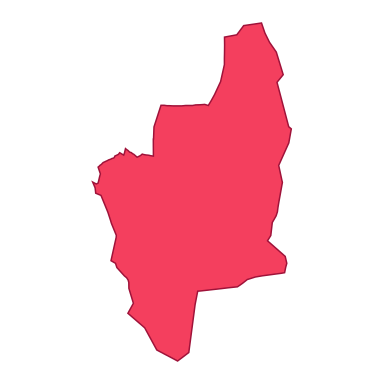 the district of Atakunmosa East, Osun, Nigeria
{"feature_id": "59680162B38390932765307", "entity_name": "Atakunmosa East", "entity_type": "district", "adm_level": 2, "iso_a3": "NGA", "parent_name": "Nigeria", "parent_adm1": "Osun", "projection": "equal_earth", "projection_center": [4.735, 7.438], "detail": "fine", "context": "isolated", "style": "filled", "palette": "rose", "viewbox_px": 384, "rotation_deg": 0, "n_neighbors": 0, "source": "geoboundaries", "source_scale": "gbopen_adm2", "svg_char_len": 1810}
<svg xmlns="http://www.w3.org/2000/svg" viewBox="0 0 384 384"><path d="M284.6,272.7L285.7,267.3L286.8,263.3L285.2,256.4L267.5,240.8L270.8,235.5L272.3,222.5L276.1,215.9L277.4,211.9L278.0,207.2L278.8,202.4L282.2,183.5L282.4,182.4L281.9,180.3L278.7,165.4L288.8,142.9L291.3,128.9L288.7,126.7L277.0,82.3L283.2,74.7L276.3,52.1L269.5,42.3L264.9,33.0L261.5,23.0L243.7,25.6L236.8,34.8L224.5,37.1L224.6,45.2L224.5,53.6L224.4,58.2L224.4,64.6L220.6,81.6L219.1,84.8L214.7,94.3L214.4,94.9L211.3,100.5L208.3,105.5L204.7,104.4L202.3,104.6L199.3,104.8L195.7,104.9L192.5,105.5L189.6,105.5L187.7,105.5L185.6,105.5L181.6,105.9L177.6,105.9L173.2,105.9L169.4,105.7L167.1,105.7L164.3,105.3L161.0,105.3L154.0,126.9L153.5,139.8L153.3,138.4L153.4,156.1L151.9,155.9L150.2,155.6L149.1,155.3L147.7,155.1L146.3,155.0L145.0,154.8L143.6,154.5L142.2,154.1L141.2,155.0L140.2,155.7L137.1,157.2L133.8,154.3L132.6,153.7L131.3,152.6L129.6,152.1L127.9,150.4L126.7,149.6L125.5,148.6L124.5,152.8L123.7,155.1L122.0,154.1L120.7,153.3L119.7,152.7L118.4,154.4L116.9,155.1L114.8,156.1L114.3,157.5L113.5,158.1L111.9,158.5L110.5,159.3L108.8,159.8L107.2,160.7L106.0,161.2L104.6,161.9L103.2,162.5L102.2,163.5L101.4,164.4L100.0,165.3L99.1,166.3L98.1,167.1L100.4,173.9L99.7,176.3L98.1,183.1L96.3,184.0L92.7,182.1L95.1,187.8L95.4,190.3L95.7,193.2L101.0,195.4L107.9,212.3L110.7,220.9L111.2,222.7L111.6,223.8L116.3,235.3L116.2,237.3L111.0,260.7L115.5,263.3L116.9,267.6L124.4,275.9L126.6,277.7L128.1,280.0L128.8,282.5L128.9,288.4L133.4,303.3L127.9,313.3L144.7,327.8L156.8,350.0L177.6,361.0L185.4,355.1L188.8,352.5L195.1,304.6L197.7,291.2L199.7,291.0L200.1,291.0L222.4,288.5L227.2,287.9L237.5,286.8L242.8,283.1L247.3,279.5L248.7,279.1L255.3,277.0L262.4,275.8L272.2,274.5L274.3,274.2L281.2,273.3L284.6,272.7Z" fill="#f43f5e" stroke="#9f1239" stroke-width="1.5"/></svg>